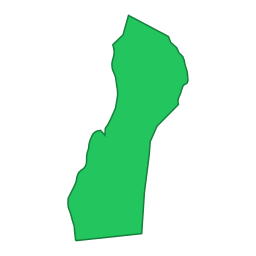 Aurendel Hill, Castries, Saint Lucia (Robinson projection)
{"feature_id": "8701671B68700558971197", "entity_name": "Aurendel Hill", "entity_type": "district", "adm_level": 2, "iso_a3": "LCA", "parent_name": "Saint Lucia", "parent_adm1": "Castries", "projection": "robinson", "projection_center": [-60.987, 14.001], "detail": "fine", "context": "isolated", "style": "filled", "palette": "green", "viewbox_px": 256, "rotation_deg": 0, "n_neighbors": 0, "source": "geoboundaries", "source_scale": "gbopen_adm2", "svg_char_len": 1329}
<svg xmlns="http://www.w3.org/2000/svg" viewBox="0 0 256 256"><path d="M141.7,233.6L144.4,192.6L149.2,154.9L150.2,141.7L157.0,126.2L178.4,104.5L177.9,100.9L178.7,97.7L180.7,93.0L181.5,90.0L183.3,85.3L187.0,83.2L188.0,80.5L187.5,74.3L187.0,71.1L184.9,64.3L184.1,59.8L183.7,59.3L182.8,56.6L179.0,52.9L176.7,47.7L170.7,42.4L168.4,36.5L128.5,15.4L124.5,29.6L123.0,34.9L112.8,44.7L113.3,46.5L113.9,49.5L114.2,52.6L113.8,55.5L113.2,58.0L112.4,60.6L111.9,63.7L112.0,65.8L112.0,66.2L112.2,67.4L112.2,68.3L112.9,70.5L113.7,72.4L114.9,75.3L115.7,77.9L116.1,81.1L116.5,84.4L117.2,88.5L117.5,91.4L117.6,95.2L117.0,99.4L116.2,104.1L115.6,107.3L115.3,108.6L113.7,112.2L113.3,113.2L111.7,116.8L110.7,119.0L109.1,122.2L108.2,124.0L105.3,128.3L104.9,135.2L100.5,130.3L98.5,130.8L97.1,131.0L95.4,131.8L93.0,133.9L91.9,135.9L90.0,140.5L89.3,142.9L88.8,145.6L88.7,147.3L88.5,148.8L87.7,151.1L87.2,153.1L86.6,156.0L86.6,158.7L86.6,160.9L86.3,163.4L85.9,164.9L85.4,166.1L84.5,167.5L83.1,168.9L81.6,169.9L79.9,171.3L79.0,172.2L78.3,173.3L77.7,174.5L76.8,177.7L76.3,180.7L75.9,182.3L74.4,185.8L73.2,188.3L71.9,190.8L70.8,193.1L69.7,195.2L68.5,197.6L68.1,198.9L68.0,201.2L68.0,203.7L68.2,206.5L68.6,208.2L69.8,211.2L71.3,216.1L72.0,219.0L74.5,227.3L74.3,228.2L75.6,240.1L76.3,240.6L141.7,233.6Z" fill="#22c55e" stroke="#15803d" stroke-width="1.5"/></svg>